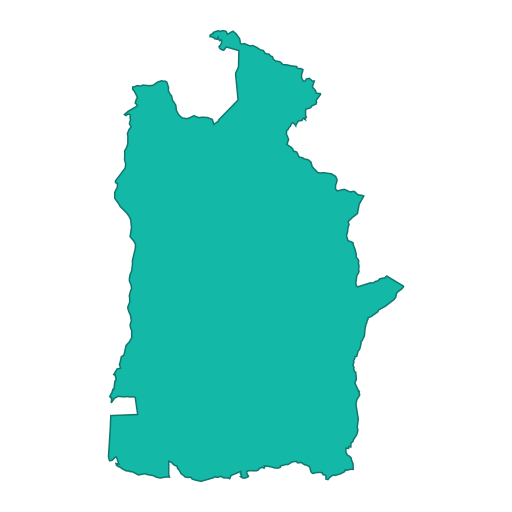 the district of Alesd, Bihor, Romania
{"feature_id": "2599482B2208634986084", "entity_name": "Alesd", "entity_type": "district", "adm_level": 2, "iso_a3": "ROU", "parent_name": "Romania", "parent_adm1": "Bihor", "projection": "robinson", "projection_center": [22.42, 47.104], "detail": "fine", "context": "isolated", "style": "filled", "palette": "teal", "viewbox_px": 512, "rotation_deg": 0, "n_neighbors": 0, "source": "geoboundaries", "source_scale": "gbopen_adm2", "svg_char_len": 6032}
<svg xmlns="http://www.w3.org/2000/svg" viewBox="0 0 512 512"><path d="M353.2,469.4L353.0,463.7L351.4,459.8L351.1,457.9L350.5,457.1L347.0,454.6L345.8,451.7L346.0,448.2L348.6,448.4L348.7,446.5L350.8,447.0L351.0,443.0L353.0,441.5L353.2,440.1L356.7,434.8L357.9,430.3L357.2,427.0L358.3,419.3L355.9,404.2L356.9,399.6L359.7,395.0L359.1,392.5L358.5,391.6L359.2,391.2L358.1,390.0L355.0,383.3L355.3,381.8L356.4,379.4L355.7,372.2L354.4,371.4L353.7,368.9L354.0,367.2L352.9,365.5L353.9,362.1L353.5,360.8L354.5,359.1L355.1,356.8L356.8,356.2L358.0,351.3L359.2,349.9L359.9,348.4L361.1,343.4L360.9,342.1L361.9,341.0L364.4,335.9L365.0,329.1L366.0,324.2L366.7,323.0L367.1,320.8L368.0,319.2L368.1,317.7L371.0,316.6L377.9,311.7L378.5,310.2L379.2,309.6L385.2,306.3L394.1,299.5L395.7,297.3L396.6,293.3L397.4,292.2L401.4,289.2L403.3,287.1L403.5,286.2L386.7,276.0L384.6,278.1L383.0,278.1L379.8,278.8L377.8,280.9L375.5,281.4L372.9,283.1L370.4,282.8L357.5,286.9L357.1,286.7L356.3,285.5L355.8,283.3L356.8,275.7L358.4,273.1L359.0,271.4L358.6,269.0L359.0,266.9L358.9,265.2L358.4,263.2L358.7,261.5L358.5,260.0L356.2,257.3L356.2,254.0L355.1,249.6L353.3,245.0L353.2,243.1L352.0,242.1L348.0,240.6L346.6,236.2L346.8,234.1L347.4,232.7L348.2,226.7L349.1,224.7L348.1,221.7L352.4,217.5L357.4,213.6L359.2,204.2L363.8,196.1L361.8,195.3L358.1,194.9L354.5,191.5L352.6,191.4L350.1,192.0L344.3,189.3L337.1,190.9L335.5,189.0L335.6,184.7L336.3,183.5L337.1,179.9L335.6,176.3L332.4,174.5L331.6,173.8L323.4,172.7L320.2,173.0L317.7,172.5L312.2,166.7L311.0,162.2L309.0,160.3L306.7,159.3L305.2,159.4L302.4,157.7L299.0,157.0L296.8,152.2L295.6,151.5L293.6,151.3L292.6,148.7L290.6,146.9L286.8,144.4L287.7,142.5L287.8,141.2L288.3,140.7L288.6,139.4L286.3,133.8L286.6,132.4L286.5,131.3L287.1,130.2L288.2,129.3L288.9,127.6L290.5,126.0L290.8,124.8L292.2,122.9L293.0,122.8L295.2,124.7L295.8,125.8L296.0,124.7L298.3,121.0L302.0,120.5L302.7,119.0L304.1,117.9L304.5,119.1L305.5,119.8L305.2,118.3L306.4,117.2L305.7,116.0L305.5,111.1L305.9,109.2L309.6,108.1L310.8,107.5L311.7,106.0L316.1,104.0L316.6,102.2L316.2,101.2L316.2,100.3L320.5,94.5L320.3,93.6L316.5,93.2L316.1,92.9L315.7,91.0L315.0,89.9L312.8,87.6L312.5,86.5L314.3,81.0L312.4,81.1L309.3,78.3L306.5,78.9L304.9,81.2L303.3,81.1L301.5,77.6L301.6,74.3L302.6,71.6L302.9,69.5L300.1,68.4L299.1,68.7L297.2,68.0L296.7,66.5L291.4,65.9L286.7,64.8L282.8,64.6L280.8,62.4L279.4,61.6L275.7,61.0L273.5,59.5L272.4,56.6L270.5,56.0L269.1,54.2L266.0,53.7L265.1,53.1L263.3,50.5L260.4,49.9L257.4,47.8L252.8,45.5L250.0,46.0L244.2,43.5L243.2,44.0L241.6,44.0L240.2,43.1L240.1,40.9L239.5,38.5L236.0,33.7L232.9,31.2L227.4,34.3L226.3,31.6L224.4,30.8L222.4,30.7L219.9,31.5L218.7,30.8L216.2,31.3L213.2,32.5L213.4,33.6L210.8,34.5L210.1,35.2L210.0,36.7L211.0,36.6L214.7,38.1L214.7,38.7L217.2,39.3L218.1,37.4L218.6,39.1L219.7,40.7L221.2,39.7L221.6,40.4L221.5,43.0L220.7,44.8L219.0,46.6L219.8,48.4L221.6,49.7L223.7,50.3L226.4,47.0L238.9,50.6L238.5,67.0L235.8,72.7L235.6,74.5L238.1,100.0L218.6,120.0L218.4,121.2L213.8,124.4L212.3,119.4L207.3,117.5L202.1,117.2L198.9,117.7L193.9,115.7L188.8,118.2L186.4,118.6L183.0,118.1L181.2,117.2L178.5,114.5L176.4,110.4L175.8,105.3L172.4,99.9L171.5,95.7L169.9,93.9L168.3,90.4L168.6,87.7L166.9,82.2L165.2,81.1L162.7,81.2L161.8,80.7L157.8,82.0L153.0,85.3L149.5,85.7L142.7,85.1L140.8,86.1L137.2,85.6L134.0,87.0L132.9,86.8L132.6,89.2L134.5,91.5L137.5,97.5L136.4,99.1L135.2,103.0L137.4,105.2L136.6,106.4L128.3,111.2L124.4,114.5L125.9,115.6L127.6,114.4L129.1,114.1L130.4,115.1L130.0,117.9L130.6,119.2L129.4,123.8L131.2,126.8L129.1,129.4L127.4,133.7L127.9,136.5L127.8,143.9L126.5,147.8L124.6,150.9L124.8,154.6L124.5,159.3L125.7,164.3L125.1,168.2L115.5,180.9L115.5,182.6L117.5,183.6L117.3,187.3L114.7,192.4L114.8,198.4L118.3,203.1L120.2,206.5L126.6,212.9L129.2,216.4L130.8,220.0L131.2,225.3L131.6,226.5L130.1,236.7L133.7,240.9L135.3,243.8L135.5,245.6L135.2,249.0L132.4,260.7L132.5,264.1L131.7,270.7L130.0,274.8L129.4,278.3L129.4,281.0L131.2,285.4L131.6,288.6L130.6,290.8L129.3,295.6L129.7,299.1L129.6,302.6L128.0,306.4L127.8,308.1L128.7,311.2L130.4,315.2L131.4,320.8L130.2,324.3L130.3,326.7L131.9,331.6L131.6,332.8L131.8,337.4L129.5,341.7L126.1,345.4L124.0,354.9L121.3,356.8L120.2,362.2L119.4,364.3L120.6,368.1L117.1,369.0L113.7,374.6L114.3,374.9L115.3,374.8L115.6,377.7L116.2,378.4L116.2,378.8L115.5,380.9L114.9,381.1L113.9,389.3L112.9,389.3L111.6,393.6L111.3,393.6L110.6,394.7L109.7,396.7L111.5,397.5L111.3,398.4L111.7,398.5L111.2,402.9L114.6,398.1L118.1,396.4L124.9,396.9L126.4,396.5L131.0,397.0L134.0,396.7L135.2,397.4L137.7,414.5L110.8,415.6L110.3,427.9L108.5,456.6L109.3,460.0L109.7,460.8L112.3,460.2L115.2,457.1L116.5,457.1L118.9,464.2L116.0,463.5L116.5,465.3L118.7,466.8L120.5,467.3L121.5,468.3L125.6,470.6L127.1,471.0L129.1,470.9L129.4,471.5L132.7,471.9L138.6,475.0L144.8,473.7L147.8,474.7L152.8,475.5L157.0,477.4L160.5,478.0L165.6,477.0L169.5,477.1L168.7,474.6L168.8,461.2L171.7,462.5L173.5,464.6L177.2,466.5L177.6,468.6L179.3,470.2L181.1,473.7L183.9,475.7L184.9,476.9L187.8,477.5L190.7,477.2L192.1,479.0L195.7,480.2L201.1,481.3L213.3,477.8L214.9,476.6L216.1,477.2L218.4,477.3L220.2,476.3L222.6,477.1L223.2,477.7L225.4,478.0L227.0,477.7L229.7,478.7L231.0,475.5L240.8,471.4L240.9,473.3L240.4,473.8L241.3,474.7L241.6,476.1L241.1,476.0L240.4,476.6L242.8,478.0L244.6,478.1L247.2,477.3L248.4,476.5L248.5,476.0L247.4,474.8L246.6,472.2L247.1,471.3L248.8,470.7L256.4,470.8L258.1,470.2L259.1,468.9L260.3,468.0L262.2,467.4L264.1,468.2L264.7,466.9L264.3,466.0L267.3,466.2L272.3,467.1L274.2,467.9L278.1,468.1L280.3,467.3L280.4,466.0L286.4,464.4L287.8,464.6L292.4,461.8L296.4,461.4L296.9,461.7L297.3,462.8L299.8,462.8L300.8,462.3L304.8,464.9L305.2,464.6L306.0,464.9L309.3,466.6L309.9,467.3L310.6,470.7L311.4,472.5L312.8,473.4L313.8,473.4L315.3,472.7L319.4,472.4L322.3,472.7L322.5,473.8L323.2,474.7L324.8,474.9L325.9,475.9L326.1,476.5L325.9,479.0L328.0,479.6L329.2,477.9L331.8,475.8L333.9,475.1L335.2,475.4L340.7,473.7L344.2,471.9L344.9,471.2L345.3,469.8L346.8,470.3L350.6,469.3L353.2,469.4Z" fill="#14b8a6" stroke="#0f766e" stroke-width="1.5"/></svg>